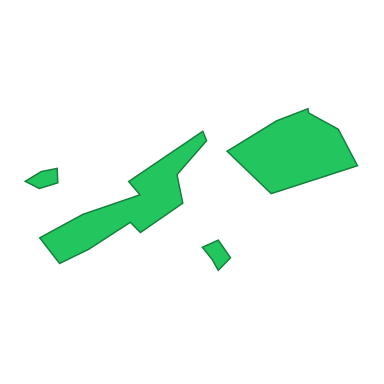 the district of Angren city, Tashkent, Uzbekistan, rotated 178°
{"feature_id": "79887680B68716596189274", "entity_name": "Angren city", "entity_type": "district", "adm_level": 2, "iso_a3": "UZB", "parent_name": "Uzbekistan", "parent_adm1": "Tashkent", "projection": "albers", "projection_center": [70.1, 41.005], "detail": "fine", "context": "isolated", "style": "filled", "palette": "green", "viewbox_px": 384, "rotation_deg": 178, "n_neighbors": 0, "source": "geoboundaries", "source_scale": "gbopen_adm2", "svg_char_len": 566}
<svg xmlns="http://www.w3.org/2000/svg" viewBox="0 0 384 384"><g transform="rotate(178 192 192)"><path d="M105.0,260.2L155.5,231.5L112.9,187.6L25.7,212.5L43.6,249.6L72.7,266.9L73.2,271.2L105.0,260.2ZM345.8,151.5L326.8,125.2L297.0,138.5L254.7,163.9L245.0,153.3L201.6,181.2L206.4,209.9L175.6,242.8L179.1,252.3L254.9,204.7L244.1,191.0L301.8,173.5L345.8,151.5ZM183.6,136.4L174.2,123.8L168.5,112.8L155.8,124.9L167.4,143.0L183.6,136.4ZM341.9,217.7L358.3,208.5L344.5,200.8L325.8,205.9L325.9,220.3L341.9,217.7Z" fill="#22c55e" stroke="#15803d" stroke-width="1.5"/></g></svg>